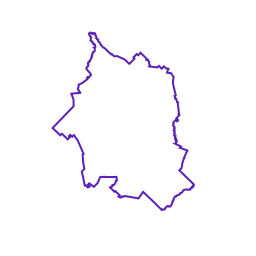 outline of Coonamble, New South Wales, Australia, rotated 216°
{"feature_id": "25037944B2591711256956", "entity_name": "Coonamble", "entity_type": "district", "adm_level": 2, "iso_a3": "AUS", "parent_name": "Australia", "parent_adm1": "New South Wales", "projection": "mercator", "projection_center": [148.081, -30.867], "detail": "fine", "context": "isolated", "style": "outline", "palette": "violet", "viewbox_px": 256, "rotation_deg": 216, "n_neighbors": 0, "source": "geoboundaries", "source_scale": "gbopen_adm2", "svg_char_len": 5624}
<svg xmlns="http://www.w3.org/2000/svg" viewBox="0 0 256 256"><g transform="rotate(216 128 128)"><path d="M52.9,81.6L52.8,81.9L52.5,81.7L52.4,81.9L52.1,82.0L51.8,82.4L51.7,82.7L50.6,83.4L50.7,83.8L50.6,84.3L50.8,84.6L50.8,85.1L50.5,85.5L50.5,86.0L50.7,86.9L50.6,87.1L50.3,87.2L50.1,88.2L49.3,88.6L48.9,88.5L48.6,88.8L48.3,88.7L47.6,89.4L47.6,90.5L47.8,91.9L47.8,92.5L48.1,93.2L48.4,93.4L48.4,93.7L48.3,93.8L48.4,94.1L48.7,94.3L48.8,94.7L48.6,94.8L48.6,95.0L48.9,95.6L48.8,96.7L49.2,96.8L49.7,98.1L49.5,99.7L49.6,100.3L49.4,100.3L49.3,100.6L48.9,100.7L48.7,101.1L48.8,101.5L48.7,101.5L48.7,102.4L47.1,104.6L47.6,105.6L46.3,107.7L46.7,110.2L44.6,112.8L43.7,113.1L43.4,113.4L42.8,113.5L42.4,114.0L42.2,114.2L41.8,114.5L42.0,114.6L41.9,114.8L42.1,115.3L41.9,115.6L41.5,116.1L41.6,116.4L41.5,117.0L41.4,116.9L41.0,117.2L41.0,117.5L40.9,117.7L41.0,117.8L41.1,118.1L41.1,118.4L41.2,118.5L41.2,118.8L41.3,118.8L41.2,119.0L41.3,119.3L41.0,119.4L41.1,119.5L40.9,119.6L41.0,120.1L41.1,120.3L41.3,120.3L41.3,120.5L41.5,120.5L41.9,121.1L61.6,123.9L61.3,126.1L61.0,126.3L62.2,129.6L63.0,130.6L63.4,131.7L64.8,135.8L64.7,136.9L65.2,136.9L66.8,144.7L74.2,142.5L74.1,142.9L74.4,143.2L74.5,143.7L74.7,143.9L74.6,144.1L80.5,143.1L80.3,143.3L80.5,144.3L80.5,144.5L80.6,144.4L80.9,144.5L81.0,144.7L80.7,144.9L80.9,145.3L81.2,145.6L81.2,146.2L81.7,146.2L81.9,146.8L82.2,147.0L82.5,146.8L82.5,147.1L82.9,147.2L83.1,147.7L83.7,147.6L83.9,147.2L84.1,147.3L84.4,147.8L84.2,148.0L84.4,148.6L84.8,148.5L85.1,149.0L85.4,149.0L85.4,149.3L85.7,149.1L86.1,149.2L86.2,149.5L86.5,149.5L86.5,149.8L86.8,150.0L86.8,150.3L87.3,150.7L87.2,151.1L87.4,151.1L87.5,151.3L87.8,151.5L87.7,151.9L87.9,152.0L88.2,152.1L88.4,152.2L88.6,152.7L88.6,153.0L88.8,153.2L88.9,153.5L89.0,153.5L89.3,153.3L89.4,153.5L89.6,153.4L89.6,153.7L89.7,154.2L90.1,154.4L90.0,154.8L90.2,155.4L90.9,156.0L91.1,155.8L91.3,156.1L92.0,156.1L92.4,156.6L93.0,156.6L93.2,156.9L93.1,157.4L93.2,157.6L93.6,157.8L93.8,158.1L93.9,158.6L94.6,159.0L94.1,162.4L92.2,162.2L92.0,163.4L92.7,163.5L92.6,163.9L94.6,164.2L94.0,168.7L95.3,168.9L95.2,169.6L101.6,176.5L102.7,177.5L102.6,178.0L103.3,177.9L103.5,178.2L103.9,178.1L106.2,180.0L106.9,179.4L109.0,181.2L108.6,181.4L108.5,182.4L118.4,191.0L121.1,196.1L125.3,197.7L128.9,195.7L129.5,197.3L129.9,198.7L129.9,199.7L130.2,199.7L132.3,198.5L135.2,199.0L135.7,195.8L139.5,196.4L139.8,194.3L147.0,190.3L146.9,191.4L147.0,191.7L147.4,191.9L148.2,192.0L148.9,192.5L149.5,193.9L149.8,194.0L150.2,194.0L151.5,194.3L151.9,195.0L153.2,193.9L154.1,195.1L162.1,196.2L162.6,192.8L164.4,193.0L165.0,189.1L164.7,189.1L164.8,188.1L163.6,187.9L164.4,181.8L164.6,180.8L165.0,180.7L170.9,181.5L178.8,179.9L179.9,179.1L180.3,178.6L181.6,177.9L184.6,178.3L184.7,177.8L184.9,177.8L188.3,178.0L188.9,178.2L189.7,178.2L192.1,178.7L194.6,178.8L195.8,178.5L197.3,179.1L198.0,179.2L198.7,179.1L198.9,179.4L199.5,179.6L199.6,179.8L200.3,180.1L200.6,180.1L201.0,180.5L202.0,180.6L202.8,180.5L203.2,180.9L203.3,181.1L204.0,181.4L204.0,181.7L204.6,181.6L204.9,182.0L205.6,181.7L206.1,182.1L206.5,182.0L206.6,182.6L207.5,183.3L208.0,183.2L208.7,183.7L208.7,183.9L209.1,184.5L210.0,184.6L210.2,185.0L210.5,185.2L211.1,184.8L211.6,184.6L211.3,184.4L211.3,184.0L211.6,183.9L212.1,183.0L213.6,183.3L214.2,183.1L214.6,183.1L214.8,182.7L214.8,182.3L215.1,181.7L215.0,181.3L214.5,181.0L214.4,180.8L213.7,180.4L213.6,180.5L213.2,180.5L212.6,180.0L212.2,180.1L211.9,179.8L211.1,179.7L210.7,179.3L210.7,178.6L210.5,178.1L210.0,177.5L209.8,176.7L208.6,177.0L208.3,176.7L207.7,176.8L207.4,176.5L207.0,176.7L206.7,176.4L206.3,176.2L206.2,175.9L205.3,175.4L204.5,175.7L204.3,176.2L204.0,176.1L203.5,175.4L202.5,175.1L202.4,174.7L202.1,174.2L202.1,173.9L202.3,173.8L202.3,173.4L202.6,173.1L201.8,173.0L201.6,172.8L201.5,172.5L201.2,172.2L201.0,171.8L200.2,170.8L200.4,169.4L201.0,168.6L200.9,168.3L200.4,167.7L200.2,167.0L200.3,166.7L200.1,166.3L200.2,166.1L199.9,165.6L199.5,165.5L199.4,165.2L199.4,164.7L199.0,164.2L199.3,163.8L199.0,163.5L198.9,163.4L198.8,163.1L198.6,162.8L198.7,162.5L198.5,161.9L198.5,160.8L198.6,160.7L198.5,160.0L198.3,159.8L198.4,159.7L198.2,159.5L198.4,159.2L198.4,158.9L198.5,158.6L198.3,158.4L198.5,158.1L198.7,157.9L198.3,157.5L198.2,157.3L198.4,156.9L198.0,156.2L197.8,156.0L197.4,156.0L197.3,155.6L196.8,155.1L196.7,154.1L197.2,153.2L197.0,152.8L197.0,152.6L196.7,152.2L196.5,151.4L190.0,149.9L189.9,149.8L189.8,149.3L189.0,148.9L189.1,148.4L189.4,145.5L190.5,145.7L190.7,144.6L189.6,144.5L189.7,143.2L191.6,137.1L193.2,134.4L193.1,134.1L193.3,133.9L192.6,133.0L192.6,132.7L192.1,131.9L192.0,131.4L191.7,130.8L191.5,130.0L190.7,129.7L190.3,129.7L189.9,129.2L189.6,129.3L189.2,129.1L187.7,128.7L187.4,128.4L188.0,127.9L187.9,127.8L194.0,122.5L188.8,119.0L184.8,113.6L189.0,83.7L178.5,82.3L178.1,84.5L170.1,83.4L169.7,86.5L171.0,86.7L170.7,88.5L168.0,88.1L167.6,90.5L161.2,88.3L148.6,80.9L149.1,79.7L144.5,74.6L144.3,74.0L139.3,69.4L139.8,65.7L129.4,56.3L129.3,56.8L125.6,56.3L125.4,57.4L124.9,57.4L124.7,58.2L127.1,58.6L126.9,60.4L121.0,60.4L120.2,66.0L121.6,71.5L121.5,72.2L118.2,74.6L118.1,74.8L117.9,74.7L108.6,81.6L106.3,79.4L106.4,78.8L106.7,78.8L106.8,78.5L106.2,77.8L106.2,77.4L106.3,76.7L105.8,75.4L105.8,75.0L105.9,74.7L105.9,74.0L106.1,73.9L106.2,73.4L107.1,72.7L107.0,72.4L106.4,71.6L106.8,71.1L106.7,70.4L107.6,69.8L107.6,69.4L101.6,68.5L101.4,69.5L95.0,68.6L95.3,67.0L94.9,67.1L94.4,67.0L94.0,67.3L93.7,67.3L93.6,67.5L93.3,67.4L93.2,67.6L92.5,68.0L92.5,68.4L92.3,68.5L92.3,68.9L92.1,69.2L92.2,69.6L92.1,69.8L91.0,70.2L90.7,70.5L90.7,70.8L90.4,71.2L80.8,75.9L78.1,77.2L78.3,85.2L62.6,83.1L52.9,81.6Z" fill="none" stroke="#5b21b6" stroke-width="2"/></g></svg>